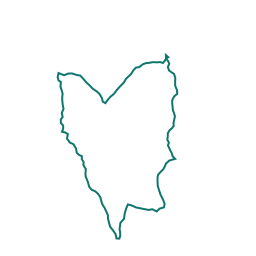 outline of Clementina, São Paulo, Brazil, rotated 144°
{"feature_id": "56859067B82643318735521", "entity_name": "Clementina", "entity_type": "district", "adm_level": 2, "iso_a3": "BRA", "parent_name": "Brazil", "parent_adm1": "São Paulo", "projection": "robinson", "projection_center": [-50.464, -21.574], "detail": "fine", "context": "isolated", "style": "outline", "palette": "teal", "viewbox_px": 256, "rotation_deg": 144, "n_neighbors": 0, "source": "geoboundaries", "source_scale": "gbopen_adm2", "svg_char_len": 1930}
<svg xmlns="http://www.w3.org/2000/svg" viewBox="0 0 256 256"><g transform="rotate(144 128 128)"><path d="M108.0,75.3L108.5,78.7L107.5,81.8L106.6,86.8L105.9,90.4L103.5,92.2L103.1,95.4L101.3,97.2L98.8,100.4L95.8,101.7L92.9,101.9L89.8,102.8L88.3,105.2L85.6,107.7L83.2,109.8L82.0,113.0L81.2,116.1L79.2,119.4L77.7,122.0L75.9,124.5L72.2,126.4L68.1,126.7L66.2,129.6L65.0,134.4L62.8,137.6L60.3,140.7L59.0,144.6L60.0,147.4L61.0,150.4L59.9,153.9L56.9,155.7L56.2,158.6L56.4,161.9L58.9,160.7L61.5,160.1L63.3,162.5L65.7,163.9L69.1,166.6L72.2,168.1L75.5,170.0L78.5,170.8L83.2,170.7L86.0,172.2L89.8,171.5L94.2,169.7L97.5,169.4L101.0,168.9L104.6,167.2L108.5,166.6L111.2,166.1L114.8,165.3L119.3,163.9L123.9,163.6L127.8,162.7L131.7,161.4L132.9,164.1L131.4,168.1L131.1,172.3L131.7,175.6L133.5,180.8L134.0,185.0L134.9,189.2L135.3,194.6L135.8,198.5L137.8,200.4L139.5,202.6L141.1,204.9L144.2,207.1L148.7,208.3L151.9,213.3L155.1,210.4L156.2,207.4L155.3,204.6L158.4,201.0L159.5,197.4L160.8,194.1L163.1,191.6L164.9,189.1L167.2,185.1L168.9,181.4L172.8,179.0L174.4,175.3L177.2,174.5L179.4,171.6L179.0,168.1L181.1,165.3L183.6,163.8L181.6,161.6L180.2,158.5L183.6,155.3L183.6,150.4L181.7,147.1L182.1,142.0L184.0,138.0L183.5,135.2L181.9,132.4L183.7,129.9L184.0,126.4L185.9,124.2L186.3,119.5L189.2,116.2L190.9,113.2L192.1,108.1L193.9,103.5L193.7,99.4L191.7,96.0L190.9,92.1L191.2,87.9L192.4,85.0L193.6,81.4L193.9,76.9L195.5,69.3L197.2,66.9L199.0,62.7L200.5,58.4L200.3,54.1L200.4,49.7L202.2,45.4L200.0,43.6L197.5,45.5L195.5,48.6L194.2,51.3L191.8,53.7L189.8,55.8L184.6,56.9L180.9,60.8L176.9,63.9L173.0,66.2L171.0,63.9L168.1,58.9L164.5,55.0L159.5,49.6L156.1,48.0L153.8,43.6L149.9,44.2L145.6,42.7L143.0,45.0L141.7,49.7L140.8,55.2L139.4,59.5L137.9,63.8L135.6,67.3L133.2,70.6L130.9,72.6L127.9,73.2L123.7,73.9L121.2,75.1L118.1,76.9L113.9,77.4L111.2,76.5L108.0,75.3ZM56.4,161.9L53.8,161.6L54.5,164.7L56.4,161.9Z" fill="none" stroke="#0f766e" stroke-width="2"/></g></svg>